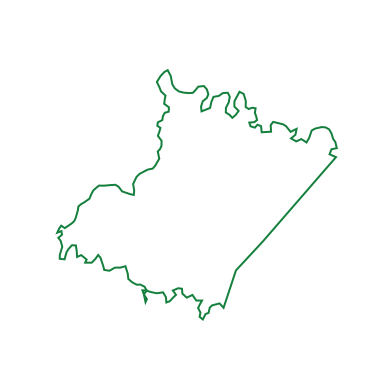 Nova Fátima, Paraná, Brazil, rotated 311°
{"feature_id": "56859067B92466374194931", "entity_name": "Nova Fátima", "entity_type": "district", "adm_level": 2, "iso_a3": "BRA", "parent_name": "Brazil", "parent_adm1": "Paraná", "projection": "albers", "projection_center": [-50.54, -23.41], "detail": "fine", "context": "isolated", "style": "outline", "palette": "green", "viewbox_px": 384, "rotation_deg": 311, "n_neighbors": 0, "source": "geoboundaries", "source_scale": "gbopen_adm2", "svg_char_len": 2553}
<svg xmlns="http://www.w3.org/2000/svg" viewBox="0 0 384 384"><g transform="rotate(311 192 192)"><path d="M312.8,277.8L310.7,271.1L315.7,269.2L320.1,272.5L323.7,267.5L324.7,263.6L327.8,258.7L329.2,254.4L328.4,250.4L326.1,247.3L320.6,243.3L316.9,242.0L309.8,244.9L304.5,245.9L303.7,239.8L298.6,237.5L297.4,231.6L303.1,232.5L308.2,229.5L305.0,228.1L302.1,227.0L303.4,219.7L302.8,216.3L298.2,207.3L294.1,207.5L289.4,212.1L282.8,205.4L287.0,200.9L285.7,197.3L281.8,197.2L280.0,193.0L282.0,189.7L285.6,193.2L289.0,193.9L291.4,190.5L293.0,187.5L296.9,185.1L295.2,182.3L291.8,180.3L291.4,176.7L296.0,172.9L299.9,166.6L298.8,162.1L294.0,163.2L288.3,164.5L284.3,167.9L283.8,174.0L278.7,174.4L274.4,173.8L274.9,169.7L274.2,165.4L277.7,162.4L283.8,160.9L288.7,158.0L290.4,153.9L286.9,150.4L282.1,149.2L277.9,145.8L272.8,147.5L267.3,150.5L259.1,146.3L262.4,142.8L267.5,140.6L272.7,141.5L276.5,140.2L279.2,135.9L279.8,131.5L275.6,127.6L271.6,127.8L267.5,127.6L264.8,125.0L261.7,120.8L259.3,116.1L258.9,111.2L260.3,106.6L265.6,99.8L268.0,93.7L264.4,92.4L258.8,92.2L252.0,93.3L249.6,98.9L247.6,102.6L247.4,108.7L244.0,110.7L240.3,113.1L240.8,119.0L237.3,121.7L234.0,119.5L230.4,120.2L226.7,122.4L222.2,120.5L219.2,122.4L219.7,126.1L215.7,128.0L212.0,129.4L210.7,135.4L206.8,138.7L203.5,139.7L200.1,139.6L195.7,145.4L188.2,146.9L183.9,147.0L179.9,143.9L171.5,140.6L167.1,140.2L159.4,142.3L155.3,147.3L151.6,150.0L149.8,146.7L146.6,138.9L147.8,133.2L147.2,129.5L143.8,126.0L139.2,121.6L135.8,117.6L132.5,117.0L128.5,116.5L124.4,117.4L119.7,119.0L113.7,117.5L109.8,116.2L106.5,115.8L103.6,117.7L96.5,121.1L92.9,122.2L89.7,121.9L85.8,120.9L81.3,119.7L80.8,115.4L77.3,115.7L72.9,117.0L76.8,119.1L74.5,121.9L69.7,121.2L68.9,125.1L65.6,130.0L58.0,133.4L54.8,136.0L57.6,140.0L64.2,136.8L68.2,136.2L73.0,136.3L75.5,139.4L72.0,143.5L67.6,147.9L71.7,149.8L71.9,156.8L68.6,157.7L72.9,162.7L78.0,163.0L82.9,162.5L82.4,166.0L78.0,173.4L75.6,176.9L78.5,181.4L84.3,183.4L87.9,187.5L92.3,190.5L88.2,197.1L84.6,201.0L84.6,206.0L85.8,211.2L88.2,213.6L89.4,218.4L87.8,222.5L89.4,226.4L92.5,231.9L97.3,236.0L95.5,241.4L91.8,245.1L95.0,246.9L99.6,247.0L103.9,247.4L105.1,242.2L110.3,244.7L112.4,247.9L109.0,251.4L108.8,257.3L114.6,259.9L112.9,266.4L116.6,270.8L112.6,271.6L108.5,272.7L106.5,277.5L102.8,279.6L102.9,283.8L108.7,282.3L111.7,283.8L116.5,281.2L119.7,281.6L126.0,285.9L125.3,291.8L161.7,276.6L200.8,277.9L283.7,277.8L312.8,277.8ZM87.8,222.5L85.3,219.1L83.1,222.9L87.8,222.5ZM83.1,222.9L78.4,229.2L81.6,228.2L83.1,222.9Z" fill="none" stroke="#15803d" stroke-width="2"/></g></svg>